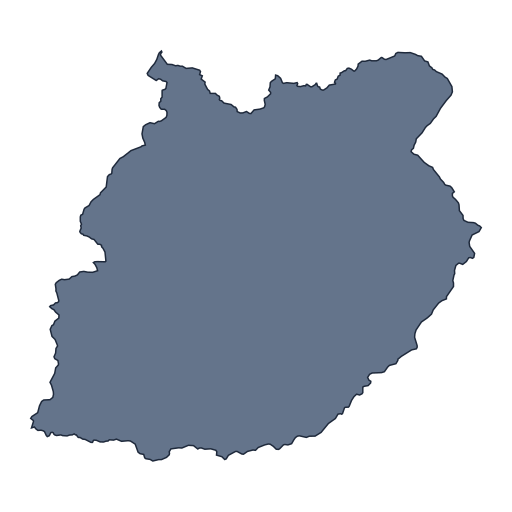 outline of Alpujarra, Tolima, Colombia
{"feature_id": "7082276B44819240865688", "entity_name": "Alpujarra", "entity_type": "district", "adm_level": 2, "iso_a3": "COL", "parent_name": "Colombia", "parent_adm1": "Tolima", "projection": "orthographic", "projection_center": [-74.953, 3.394], "detail": "fine", "context": "isolated", "style": "filled", "palette": "slate", "viewbox_px": 512, "rotation_deg": 0, "n_neighbors": 0, "source": "geoboundaries", "source_scale": "gbopen_adm2", "svg_char_len": 5863}
<svg xmlns="http://www.w3.org/2000/svg" viewBox="0 0 512 512"><path d="M309.3,436.2L315.1,436.1L321.1,432.4L328.4,423.5L335.4,418.5L338.0,414.1L340.6,413.7L341.7,414.2L342.5,413.6L344.5,407.8L345.2,407.3L348.5,407.1L349.2,406.2L351.6,400.3L354.0,396.6L356.6,394.2L359.6,395.0L362.0,393.8L362.8,392.6L362.8,387.1L364.1,386.3L368.1,385.6L370.6,383.0L370.8,381.3L368.9,380.1L367.6,377.4L369.6,374.3L372.2,373.0L381.6,372.6L384.4,371.7L387.7,367.0L389.4,365.4L395.9,363.7L397.8,360.5L397.9,359.2L401.4,356.3L411.6,349.9L416.4,348.8L417.2,347.1L417.1,345.5L414.6,337.3L414.9,333.7L416.1,329.9L421.4,322.0L427.4,317.8L431.5,314.1L433.2,309.9L438.6,303.1L441.9,300.7L446.4,298.9L446.5,296.6L453.5,286.5L453.5,283.0L452.8,280.6L454.0,275.0L454.7,273.7L454.5,270.4L455.9,265.4L458.6,263.2L459.7,263.2L462.7,264.4L466.4,261.5L468.7,257.8L470.3,257.5L472.5,258.3L473.8,257.4L474.6,253.4L469.7,246.4L469.1,242.5L469.5,240.8L472.1,235.0L479.0,231.6L481.3,227.6L479.7,226.0L477.8,225.2L475.4,223.2L473.4,222.6L468.0,222.3L463.9,220.4L463.1,218.6L463.0,215.4L459.4,210.7L459.0,204.8L458.4,202.9L455.5,199.4L453.0,197.2L452.4,195.9L452.4,193.4L454.3,191.8L451.7,187.6L450.0,186.1L445.6,185.1L444.7,184.4L443.7,182.5L440.4,179.0L439.4,176.9L433.4,169.5L432.6,167.4L428.7,165.7L424.2,162.4L417.7,155.2L413.9,154.2L411.1,151.7L411.6,149.8L413.4,148.3L414.1,145.2L415.7,142.1L416.3,138.8L422.0,132.9L425.4,127.5L427.1,125.7L430.3,123.4L433.6,118.8L436.1,116.4L440.5,108.3L446.4,100.4L451.0,95.2L452.4,91.8L451.9,86.6L447.3,78.5L445.0,77.1L442.1,74.1L436.3,71.6L434.6,70.0L432.7,69.4L431.9,67.8L429.4,65.9L427.9,61.9L424.6,60.9L421.4,56.3L417.6,55.6L415.5,54.4L410.3,52.6L405.1,52.8L397.9,52.4L395.8,53.5L394.8,55.8L394.2,56.2L386.1,59.5L384.5,59.3L382.1,57.6L381.3,57.5L378.2,60.1L376.4,60.8L371.7,60.8L369.7,60.1L365.2,61.3L362.0,61.2L358.2,64.1L358.0,66.2L356.6,69.0L354.6,71.1L353.7,71.0L351.4,69.2L348.9,68.1L347.3,68.4L345.6,70.7L344.3,70.8L341.6,72.6L340.1,73.1L340.1,75.1L338.2,76.2L337.2,79.0L335.3,80.0L334.5,82.3L335.5,83.3L335.4,84.0L329.3,85.1L326.9,87.9L323.5,90.1L322.5,90.1L320.4,89.2L319.6,87.0L318.3,86.8L317.5,85.9L316.7,83.3L316.1,83.3L315.3,84.6L311.8,86.8L310.6,86.8L307.0,84.3L306.3,84.4L305.6,85.9L303.8,85.7L300.5,86.6L297.5,86.3L296.9,85.6L297.7,83.7L297.1,82.6L293.8,83.4L286.7,82.7L283.5,83.4L282.4,82.7L280.6,78.3L277.7,75.7L275.6,75.1L275.3,78.8L271.4,81.4L270.3,82.7L270.0,86.9L268.7,90.1L270.6,92.3L270.6,93.8L267.4,96.9L264.4,98.5L264.3,100.4L265.2,104.4L264.6,106.7L263.8,107.8L260.0,109.1L254.1,109.9L250.9,113.6L249.3,113.4L246.5,111.5L242.9,112.9L240.3,113.0L237.2,111.6L237.0,109.4L235.5,107.2L234.0,106.9L231.1,104.5L224.0,103.1L221.7,100.8L219.7,100.2L219.3,99.3L219.8,98.2L219.3,96.3L217.1,95.1L215.4,93.4L210.2,93.4L209.5,91.0L207.6,89.4L204.8,84.1L205.1,82.1L201.2,79.1L202.3,75.8L199.6,74.6L200.5,71.6L199.6,70.2L192.3,67.9L186.1,68.4L182.4,66.2L180.2,66.2L177.9,65.4L175.6,65.8L172.0,64.5L167.3,64.3L160.4,55.0L160.9,53.4L161.9,52.1L161.4,51.0L159.4,52.7L158.5,54.4L156.8,59.4L154.6,63.5L151.3,67.3L147.2,73.4L148.1,75.4L156.2,80.5L158.7,78.7L160.7,79.3L162.6,80.8L166.0,81.5L167.0,82.5L165.9,88.4L165.0,89.3L162.3,90.2L162.1,90.7L162.1,97.1L160.8,98.7L160.8,101.2L159.2,102.7L159.0,105.5L159.7,107.4L161.2,109.2L164.7,109.3L166.3,110.6L167.0,112.4L166.9,115.4L166.1,117.4L161.4,120.8L159.8,121.4L158.3,121.3L154.5,123.7L150.0,122.7L145.7,124.7L143.3,126.6L142.0,133.9L142.8,138.1L144.7,142.4L145.3,145.1L142.0,145.9L141.0,146.8L131.0,150.6L123.3,156.7L119.9,158.5L112.6,167.8L112.1,169.3L111.8,173.2L111.0,174.1L109.3,174.6L107.5,176.6L106.2,187.0L100.5,192.8L100.0,194.7L93.4,199.4L91.1,201.7L89.1,205.5L84.9,208.0L84.1,209.2L82.6,214.3L80.8,215.2L80.3,216.9L80.3,221.3L81.5,224.2L80.7,225.7L81.2,228.0L79.8,231.4L80.2,232.5L81.4,233.8L83.0,234.2L83.7,235.3L86.8,235.9L89.4,237.1L91.5,238.8L94.1,239.5L97.8,244.2L99.9,244.3L101.5,245.3L101.6,246.8L103.0,248.3L105.0,252.1L105.9,261.1L105.2,261.8L97.2,261.6L94.7,261.8L93.4,262.6L95.0,264.3L96.8,267.7L97.6,270.7L92.7,272.3L87.8,272.2L83.8,271.4L79.7,272.0L77.4,274.9L74.9,276.1L71.9,276.6L69.2,279.1L64.5,279.7L61.7,279.2L59.3,280.3L56.3,282.6L55.3,284.3L56.0,289.0L55.9,291.0L56.8,292.9L58.8,300.7L58.6,301.7L57.3,302.7L55.5,302.9L53.6,304.9L50.6,305.6L49.7,306.7L51.9,308.7L53.9,309.7L55.6,312.1L59.0,315.0L58.8,318.1L54.9,321.1L53.5,324.7L51.9,325.6L50.2,329.3L52.0,336.4L55.1,339.5L57.4,345.2L57.5,346.1L56.0,348.4L55.6,353.1L54.0,356.8L54.8,358.7L57.9,360.5L58.5,363.8L58.3,365.0L55.7,367.9L54.7,373.4L50.0,382.3L51.5,385.2L53.3,391.6L53.5,394.3L52.8,397.4L50.0,399.7L43.7,400.0L41.6,401.5L39.5,405.8L37.7,412.7L31.9,416.5L30.7,418.4L33.4,420.6L33.5,421.4L31.5,427.9L34.4,427.0L36.0,429.0L37.9,430.4L41.1,430.2L43.2,430.8L44.5,431.6L46.3,435.5L47.3,436.6L49.3,435.7L50.8,432.6L52.2,432.3L53.2,432.7L53.9,434.2L54.9,435.0L56.6,435.5L60.9,434.9L62.6,435.6L67.1,435.9L69.7,435.0L72.2,434.9L74.2,433.9L75.5,434.9L76.4,434.9L77.8,437.0L78.7,437.5L80.1,437.5L82.7,439.1L85.1,439.4L91.0,442.4L92.5,442.4L93.4,440.4L94.2,440.1L96.4,440.3L100.1,441.9L103.6,442.0L105.9,441.2L108.1,441.0L109.3,439.8L113.6,440.1L116.4,439.1L121.5,441.3L128.1,440.7L130.4,441.0L135.2,444.1L138.1,452.2L140.1,453.7L143.7,454.4L144.7,457.8L145.8,458.7L150.1,459.4L152.8,461.0L158.6,459.6L161.4,459.6L166.5,457.4L169.2,454.8L169.5,453.4L169.2,451.8L170.9,448.9L178.6,447.8L181.9,448.0L188.4,445.3L193.5,445.6L197.8,449.0L199.2,448.1L201.2,447.9L204.8,449.2L210.7,448.8L215.9,450.3L216.8,451.8L216.5,455.1L221.9,456.7L224.7,459.5L226.2,458.9L228.4,455.3L235.4,451.5L237.0,451.4L241.8,454.0L243.5,454.2L247.5,451.4L253.0,450.0L255.5,450.3L258.2,447.5L264.7,444.9L268.3,444.0L270.2,444.2L273.3,446.3L276.2,449.2L278.5,449.4L279.6,448.8L283.5,444.8L284.9,444.5L287.9,444.9L291.6,443.7L293.9,439.7L295.4,437.6L297.3,436.2L299.3,435.8L306.4,437.4L309.3,436.2Z" fill="#64748b" stroke="#1e293b" stroke-width="1.5"/></svg>